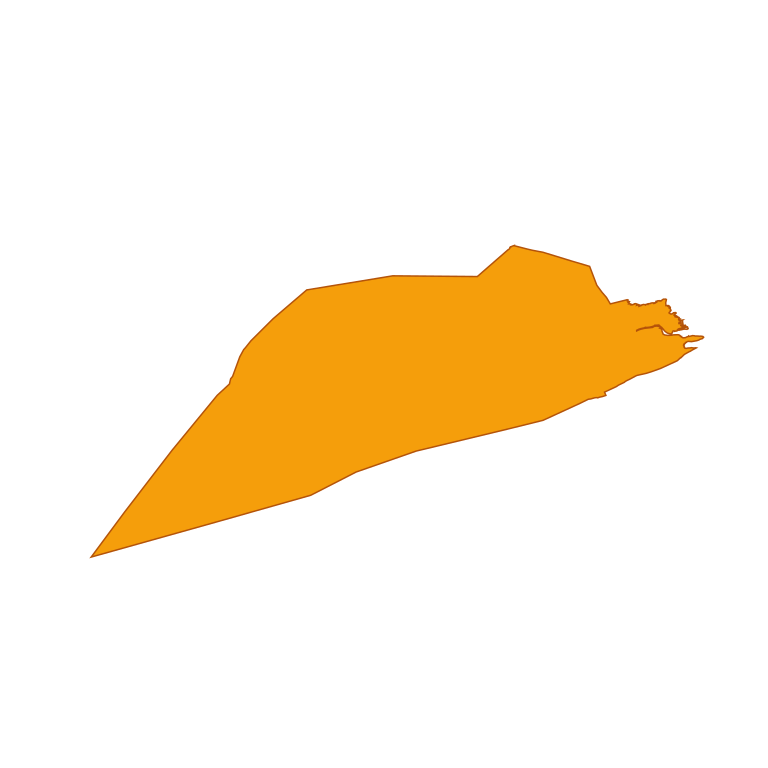 Verdal nor, Nord-Trøndelag, Norway (Equal Earth projection), rotated 168°
{"feature_id": "86288312B89960362745418", "entity_name": "Verdal nor", "entity_type": "district", "adm_level": 2, "iso_a3": "NOR", "parent_name": "Norway", "parent_adm1": "Nord-Trøndelag", "projection": "equal_earth", "projection_center": [11.503, 63.784], "detail": "fine", "context": "isolated", "style": "filled", "palette": "amber", "viewbox_px": 768, "rotation_deg": 168, "n_neighbors": 0, "source": "geoboundaries", "source_scale": "gbopen_adm2", "svg_char_len": 5616}
<svg xmlns="http://www.w3.org/2000/svg" viewBox="0 0 768 768"><g transform="rotate(168 384 384)"><path d="M440.0,492.1L478.9,470.9L505.2,453.9L511.9,448.4L514.1,446.8L519.4,440.6L530.5,422.9L532.9,421.0L535.2,416.1L549.5,407.6L605.0,363.3L664.1,312.9L706.4,275.6L576.5,283.9L478.8,290.4L429.6,303.7L366.5,311.7L272.4,314.2L236.0,315.4L195.6,324.5L187.4,326.6L184.9,326.4L180.5,326.7L178.5,326.4L177.8,326.0L176.0,326.3L172.9,326.3L169.3,326.7L170.0,330.2L157.1,333.2L155.0,334.1L148.5,335.7L147.7,336.2L146.0,336.8L142.6,337.6L136.2,339.5L134.7,339.8L125.2,339.9L119.9,340.4L110.3,341.7L92.2,345.8L88.4,348.1L88.2,347.9L84.0,350.5L78.9,352.1L77.7,352.3L75.2,353.2L71.0,354.4L71.2,354.5L72.0,354.7L72.7,354.7L72.8,354.8L72.7,354.9L73.2,354.7L76.0,355.7L76.9,355.6L79.1,356.0L81.2,356.0L81.5,356.2L82.2,356.4L82.5,356.9L82.4,357.0L82.7,357.3L82.7,357.5L82.8,357.9L82.6,358.1L82.8,358.3L82.6,359.0L82.8,359.2L82.6,359.3L82.6,359.8L82.3,359.9L82.5,360.2L82.1,360.4L82.2,360.7L81.1,361.1L81.2,361.3L80.3,361.8L79.8,361.8L79.8,362.0L79.7,362.0L78.4,362.4L77.3,362.4L74.5,361.5L68.7,361.3L68.5,361.2L68.3,360.8L68.4,361.2L68.2,361.4L66.7,361.6L65.8,362.0L63.1,362.2L63.0,362.4L62.2,362.8L61.6,363.3L62.2,364.2L63.4,364.7L64.8,365.1L65.8,365.2L66.4,365.5L66.9,365.5L67.5,365.8L69.6,366.2L70.7,366.8L71.6,367.0L72.1,367.2L73.6,367.1L75.3,367.1L75.8,367.2L75.9,367.4L75.9,367.5L76.0,367.6L76.2,367.2L77.6,367.2L79.4,366.7L81.5,366.9L82.2,367.2L82.2,367.3L83.3,368.1L83.3,368.3L83.8,368.8L83.6,368.9L84.2,369.2L84.5,369.7L84.4,369.9L84.9,370.2L85.3,370.8L86.7,371.2L90.8,371.9L92.7,371.9L94.5,372.2L96.9,372.7L99.4,373.7L100.6,374.8L100.9,377.0L101.1,377.5L100.9,379.2L101.6,380.6L101.9,380.8L101.7,380.8L102.6,382.6L103.1,383.1L105.0,383.9L107.6,384.2L109.6,383.5L118.1,384.3L122.7,384.1L125.8,383.4L125.7,384.0L123.5,384.6L121.5,384.8L116.4,384.8L116.6,385.0L117.6,385.0L116.5,385.0L117.0,385.3L115.3,384.7L112.6,384.4L109.7,384.4L107.8,384.7L106.0,384.9L107.5,385.2L107.3,385.2L103.5,384.6L103.1,385.1L103.3,384.6L103.1,384.6L103.0,384.4L102.5,384.2L102.4,383.6L101.8,383.1L101.5,382.5L100.6,381.7L99.7,379.9L99.2,379.3L98.9,378.2L97.8,376.6L96.2,374.9L94.2,373.8L93.2,373.5L93.0,373.3L92.4,373.2L92.1,373.3L91.0,374.8L90.7,375.0L90.3,375.0L90.8,375.1L90.1,375.8L89.7,376.3L89.9,375.8L88.5,375.3L88.6,375.1L88.1,375.1L86.5,375.0L85.8,375.3L85.7,376.1L85.1,376.4L84.8,376.4L84.4,376.7L81.0,376.8L80.8,376.5L80.2,376.3L79.1,376.0L78.8,376.1L78.7,376.8L77.3,376.8L77.0,376.7L75.5,376.7L75.1,374.9L76.1,374.7L79.0,375.3L81.5,375.3L82.6,375.3L83.4,375.5L84.1,375.2L84.6,375.4L84.9,375.4L84.1,375.2L83.5,375.4L82.6,375.2L79.2,375.3L76.3,374.6L76.8,374.3L75.0,374.9L75.3,376.8L77.0,376.8L77.7,377.3L80.5,377.3L80.4,377.6L80.4,377.9L80.6,378.0L80.6,378.6L80.4,378.8L77.3,378.8L76.9,378.1L76.7,378.0L77.1,378.9L79.2,378.9L80.2,379.3L81.6,379.5L81.6,380.0L80.2,380.0L79.1,380.3L79.0,383.0L78.9,383.3L79.0,383.3L79.1,383.1L79.2,382.0L79.4,381.8L82.5,381.7L83.0,381.8L82.9,383.0L83.1,383.0L81.6,383.1L80.9,383.2L80.8,383.6L78.7,384.5L81.6,384.8L82.2,385.1L82.4,385.7L82.3,386.0L81.5,385.9L81.4,385.8L81.8,385.6L81.6,385.6L81.1,386.0L82.3,386.1L82.2,386.5L81.9,386.8L81.9,387.2L81.5,387.4L81.5,387.6L81.9,387.7L82.6,387.6L81.9,387.8L81.5,387.7L82.2,387.9L83.3,388.3L83.3,388.6L83.5,388.7L83.4,388.8L83.6,389.0L84.4,389.2L84.2,388.9L84.5,388.9L85.3,389.2L85.3,389.4L85.2,389.4L85.4,389.5L85.0,389.5L85.0,389.4L84.6,389.2L84.4,389.3L83.8,389.1L83.7,389.1L83.7,389.5L83.6,389.4L83.4,389.4L84.0,390.0L85.7,390.7L86.0,391.0L85.7,391.6L83.8,392.3L83.5,392.7L83.7,393.1L84.1,393.3L86.0,393.5L87.3,392.8L88.2,392.7L89.2,393.0L90.4,394.1L90.4,394.4L90.0,394.8L89.1,395.2L88.9,395.5L88.8,395.9L88.4,396.0L88.5,396.2L88.1,396.4L88.3,396.8L88.1,397.2L88.2,397.3L88.2,397.5L88.3,397.7L88.3,398.0L88.6,398.3L88.4,398.6L88.7,398.8L88.2,398.9L88.0,399.5L88.5,399.9L89.1,399.9L89.2,400.1L89.2,400.4L88.7,400.7L88.8,400.9L89.4,400.9L89.8,400.6L90.2,400.9L90.1,401.3L89.4,401.5L89.5,401.6L92.0,402.1L91.8,402.9L91.6,404.8L90.3,407.7L90.2,408.0L90.9,408.5L93.1,408.9L94.2,408.5L95.9,407.6L96.6,407.8L96.5,408.0L97.0,408.2L97.5,408.0L98.6,408.5L99.4,408.3L99.7,408.4L100.0,408.2L99.6,408.0L100.2,408.0L100.4,408.1L100.4,407.8L100.6,407.9L100.9,407.7L100.7,407.6L100.9,407.5L101.2,407.7L101.5,407.4L101.3,407.2L101.9,407.2L102.2,407.0L102.5,407.1L102.7,406.9L102.4,406.8L102.4,406.7L103.0,406.8L103.3,406.6L103.5,406.7L103.5,406.9L103.2,407.0L103.3,407.1L103.1,407.2L104.9,407.6L106.3,407.6L106.5,407.3L109.0,407.6L110.5,407.4L110.3,407.2L111.3,407.4L111.5,407.3L111.3,407.2L111.7,406.9L111.9,407.2L112.4,407.3L112.8,407.6L114.0,407.9L114.8,407.7L115.4,407.8L115.9,407.4L116.4,407.5L116.5,407.5L116.4,407.3L116.7,407.3L116.8,407.2L118.3,407.0L117.9,407.9L118.6,407.8L118.7,408.0L119.4,408.0L119.1,408.1L119.2,408.5L119.7,408.5L119.8,408.6L120.5,408.5L120.3,408.8L120.3,409.0L119.0,409.0L120.8,410.1L121.6,410.4L122.0,410.3L122.5,410.4L122.6,410.1L122.8,410.0L123.6,409.9L124.1,410.0L124.7,409.8L125.2,409.9L125.1,410.1L125.2,410.3L125.6,410.1L126.1,410.2L125.9,410.5L126.5,411.1L127.3,411.3L126.8,411.5L127.2,411.9L127.7,412.2L127.7,412.7L128.4,412.9L128.4,413.1L128.0,413.1L127.3,413.1L127.2,413.2L127.4,413.3L126.9,413.6L128.0,414.3L128.0,414.9L128.4,415.1L128.7,415.0L128.7,415.5L128.3,415.7L128.5,415.8L128.2,415.9L146.0,415.3L148.4,422.4L151.6,428.2L155.3,436.3L158.4,456.3L175.9,465.8L201.1,479.8L210.9,483.9L215.6,486.1L227.9,492.2L227.8,492.4L230.3,492.1L230.8,491.8L231.7,491.9L231.8,491.6L232.5,491.4L232.8,490.5L233.5,490.0L234.3,489.6L234.6,489.6L270.4,469.7L353.0,488.0L440.0,492.1Z" fill="#f59e0b" stroke="#b45309" stroke-width="1.5"/></g></svg>